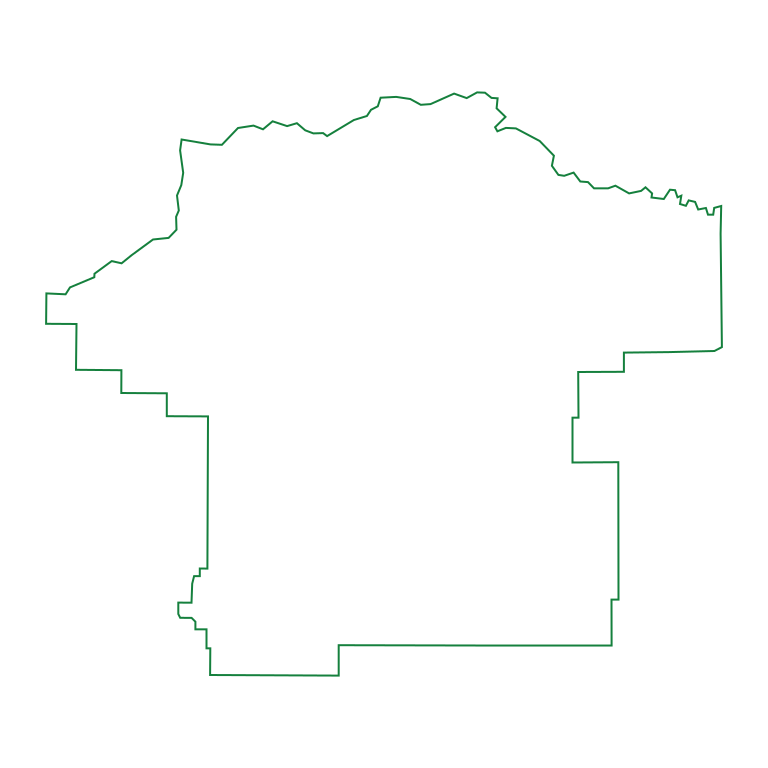 the district of Fergus, Montana, United States of America
{"feature_id": "52423323B78350254169846", "entity_name": "Fergus", "entity_type": "district", "adm_level": 2, "iso_a3": "USA", "parent_name": "United States of America", "parent_adm1": "Montana", "projection": "albers", "projection_center": [-109.214, 47.248], "detail": "fine", "context": "isolated", "style": "outline", "palette": "green", "viewbox_px": 768, "rotation_deg": 0, "n_neighbors": 0, "source": "geoboundaries", "source_scale": "gbopen_adm2", "svg_char_len": 1610}
<svg xmlns="http://www.w3.org/2000/svg" viewBox="0 0 768 768"><path d="M721.2,206.0L714.2,207.9L713.2,214.7L708.0,214.7L705.9,208.0L698.2,209.5L695.1,201.9L688.7,200.4L685.9,205.8L680.0,204.0L681.3,195.7L677.5,197.3L675.1,190.2L670.0,189.7L663.8,199.0L651.5,197.5L652.1,193.4L645.5,187.3L641.1,190.9L629.1,193.4L615.4,185.7L608.2,188.3L594.0,188.3L588.0,182.1L580.3,181.5L573.6,172.6L564.2,175.8L558.4,174.9L551.9,165.8L553.9,155.7L539.7,141.0L515.9,128.4L505.9,127.9L497.4,131.3L495.1,127.2L505.5,116.9L496.6,108.3L497.6,98.3L491.5,97.9L485.0,92.7L477.1,92.4L466.7,98.1L454.1,93.6L430.5,104.1L420.8,104.8L410.2,99.0L396.2,96.9L380.6,97.7L377.8,106.3L371.0,109.8L366.9,116.0L353.9,120.0L327.1,136.1L323.1,133.1L313.4,133.4L305.2,130.3L296.9,123.2L287.1,126.1L272.6,121.3L263.0,129.3L253.5,125.6L238.0,128.0L221.9,144.8L210.4,144.4L181.6,139.5L180.1,150.4L183.2,172.8L181.3,185.1L177.0,195.5L178.8,210.5L176.1,216.8L176.5,229.7L168.6,237.9L153.0,239.5L131.6,255.2L121.6,263.3L111.7,261.1L94.5,273.7L94.3,277.2L70.0,287.4L65.6,294.3L46.4,293.4L46.1,323.8L76.5,324.0L76.0,369.8L121.4,370.2L121.3,393.0L166.8,393.3L166.8,416.2L208.0,416.4L207.4,568.6L199.8,568.5L199.8,576.1L194.1,576.1L192.2,583.7L191.5,602.7L178.3,602.6L178.3,614.0L180.2,617.8L191.6,617.9L195.4,621.7L195.4,629.3L206.5,629.3L206.5,648.3L210.3,648.3L210.1,674.7L210.1,675.0L338.7,675.6L338.7,645.2L475.4,645.5L611.6,645.5L611.5,599.6L618.5,599.6L618.3,462.2L572.5,462.5L572.5,417.7L578.5,417.7L578.2,372.0L623.9,371.8L623.9,352.6L669.0,352.1L714.4,351.0L721.9,347.1L720.6,233.7L721.2,206.0Z" fill="none" stroke="#15803d" stroke-width="2"/></svg>